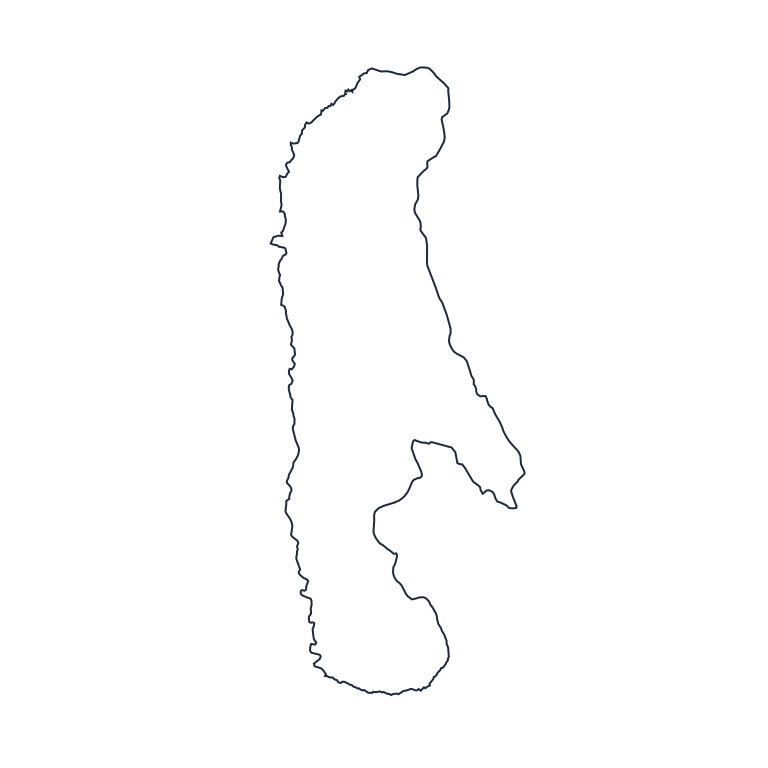 Tasso Fragoso, Maranhão, Brazil (Equal Earth projection), rotated 160°
{"feature_id": "56859067B89844171127470", "entity_name": "Tasso Fragoso", "entity_type": "district", "adm_level": 2, "iso_a3": "BRA", "parent_name": "Brazil", "parent_adm1": "Maranhão", "projection": "equal_earth", "projection_center": [-45.856, -8.308], "detail": "fine", "context": "isolated", "style": "outline", "palette": "slate", "viewbox_px": 768, "rotation_deg": 160, "n_neighbors": 0, "source": "geoboundaries", "source_scale": "gbopen_adm2", "svg_char_len": 6131}
<svg xmlns="http://www.w3.org/2000/svg" viewBox="0 0 768 768"><g transform="rotate(160 384 384)"><path d="M369.4,654.7L370.5,652.2L374.1,650.4L375.1,648.7L375.6,647.1L376.8,646.8L378.2,645.6L381.0,641.5L382.4,640.2L384.0,640.2L386.4,640.8L387.7,641.4L389.0,642.7L389.8,640.8L389.6,638.1L390.4,635.8L390.1,632.0L390.2,629.4L392.1,627.2L395.0,625.9L396.5,624.7L399.3,625.0L401.3,623.5L401.2,620.0L400.6,615.9L403.1,614.7L405.4,612.4L408.0,612.7L410.6,615.2L411.9,613.7L411.9,610.6L414.6,604.5L415.4,600.8L415.6,598.0L418.2,591.2L419.0,587.3L422.7,581.6L420.8,581.1L419.7,580.4L419.0,577.7L419.7,576.0L419.9,572.5L421.3,568.9L426.8,562.2L428.7,561.5L429.0,557.8L432.3,559.4L437.6,559.8L442.4,554.8L441.2,553.5L437.1,551.0L435.5,548.7L431.5,546.5L430.4,545.3L430.8,540.6L431.9,539.4L435.2,538.9L437.9,536.2L439.5,535.4L442.1,532.5L442.5,530.9L444.2,528.3L444.6,525.5L444.4,521.9L445.6,520.4L447.5,516.4L447.1,514.4L447.1,511.8L446.3,509.5L448.1,502.8L450.7,499.5L453.6,493.5L451.8,492.0L450.8,490.2L451.2,486.3L451.9,484.3L452.9,478.4L452.6,475.0L452.6,472.3L451.8,466.6L452.2,463.5L453.3,461.4L454.8,460.0L455.6,456.4L458.0,452.8L456.1,448.1L457.5,442.1L458.7,441.1L461.3,439.6L462.0,438.1L461.6,435.5L460.9,433.6L462.4,431.3L465.7,429.3L467.4,430.5L468.7,429.1L469.8,426.3L468.9,421.4L468.7,418.3L470.9,415.9L473.7,415.2L474.5,413.8L475.4,410.9L475.9,405.3L476.3,403.5L475.4,400.3L479.0,392.3L479.4,390.2L479.2,388.0L479.9,385.0L480.0,381.8L481.8,377.2L484.1,375.1L485.1,372.7L486.3,361.2L485.9,353.7L486.4,350.9L488.9,346.8L491.8,344.0L496.0,341.1L496.7,339.4L498.4,336.6L504.4,331.2L506.0,328.3L508.1,326.5L509.1,324.6L507.0,319.4L506.9,316.9L507.9,314.8L509.6,313.6L511.3,310.9L512.4,308.4L515.8,307.5L517.1,304.0L519.6,299.3L520.2,297.4L519.8,294.7L518.5,289.9L518.1,286.4L518.6,282.0L522.9,274.0L522.5,272.0L519.5,267.2L518.8,265.7L519.0,263.6L521.2,261.3L521.6,258.0L522.8,256.8L524.2,253.6L525.7,251.1L526.2,249.4L526.2,238.5L528.6,236.3L528.5,234.0L527.5,232.0L525.8,229.1L523.4,227.0L522.6,224.8L525.9,220.9L527.7,217.4L529.3,216.9L531.4,218.3L532.8,218.0L533.6,216.8L533.8,214.8L533.0,213.2L528.7,209.2L527.4,208.4L526.3,206.9L526.3,205.0L527.7,200.9L529.5,198.4L531.1,193.1L534.1,191.1L534.9,189.1L535.6,185.7L534.1,184.6L532.8,184.6L531.3,183.2L532.8,180.3L534.7,178.6L535.9,174.3L537.2,168.1L536.1,164.3L537.6,162.7L541.5,164.6L543.6,161.4L544.7,158.6L544.2,156.4L537.0,151.5L536.6,149.8L538.3,147.6L545.6,145.2L545.7,142.5L540.3,138.3L539.1,135.7L537.8,131.1L539.2,129.8L537.2,128.9L536.2,127.5L534.6,126.5L532.6,125.8L531.5,123.4L529.4,121.6L529.0,119.3L526.7,117.8L525.0,118.5L523.2,117.8L520.3,114.9L519.2,113.4L516.9,111.7L516.2,110.0L514.3,108.6L512.9,106.9L511.7,106.6L510.6,104.9L508.9,103.4L507.3,103.2L504.5,99.3L500.8,97.8L499.5,98.4L497.0,97.2L493.0,96.5L491.3,94.9L489.8,94.8L486.7,91.7L484.8,90.7L483.7,89.2L481.9,89.6L478.1,88.8L476.4,87.5L471.2,88.8L466.8,88.3L463.0,88.3L461.5,87.4L459.3,85.4L457.8,84.8L455.7,85.5L454.4,83.3L450.2,85.3L449.2,83.9L447.3,84.7L443.9,85.0L443.9,86.6L438.6,89.9L437.3,91.7L435.7,91.7L433.9,92.9L432.3,94.4L429.0,95.9L427.7,97.4L425.9,97.2L422.0,99.5L420.9,100.9L418.7,102.2L417.6,104.4L416.5,105.2L414.2,113.2L413.9,115.0L414.0,118.9L413.1,120.7L413.1,127.6L414.1,132.8L413.9,135.1L415.1,140.0L414.7,142.4L414.6,144.8L413.9,146.8L413.6,150.2L414.8,157.4L415.7,159.9L416.2,164.7L418.0,168.5L419.8,170.1L423.7,171.4L427.5,171.5L431.5,172.1L434.1,176.1L434.7,177.6L435.3,180.0L436.3,188.5L437.3,191.1L439.3,194.6L439.9,196.5L440.3,198.3L440.3,201.8L439.8,204.2L438.0,208.5L435.3,210.9L431.4,216.5L430.3,218.8L430.4,220.6L432.9,221.1L435.5,225.6L437.0,227.5L440.2,233.0L442.3,235.4L443.1,237.4L444.4,242.1L444.8,246.5L444.4,248.8L439.8,259.2L438.2,264.0L436.3,267.0L431.3,269.2L426.1,269.6L413.7,269.0L411.5,269.3L410.1,269.2L405.9,270.4L403.0,271.6L399.2,274.0L395.8,277.2L390.7,282.7L388.9,283.7L385.7,284.0L382.4,283.6L380.5,284.1L379.5,285.3L379.0,288.5L379.5,298.5L380.2,302.5L380.0,314.4L377.0,319.1L375.9,320.4L374.5,320.9L369.0,316.3L365.1,314.6L362.4,312.6L359.8,313.3L358.1,312.4L342.2,301.2L340.3,295.5L342.1,284.5L339.7,282.4L338.1,281.9L336.6,277.4L334.1,263.9L333.4,261.4L329.9,256.0L329.0,254.2L329.5,251.1L328.7,247.1L324.2,248.8L321.9,248.4L318.8,245.4L318.2,242.6L318.4,238.6L317.7,234.7L314.9,232.6L310.6,228.2L309.0,224.9L305.7,223.1L302.1,222.3L301.2,223.7L301.5,234.4L301.3,239.2L300.7,240.9L297.1,244.1L291.7,246.7L290.1,248.2L283.0,251.3L282.2,252.5L282.1,255.7L282.5,257.9L282.7,261.8L280.4,269.9L280.7,273.7L281.6,276.7L284.2,282.8L286.2,288.3L287.3,293.9L287.9,298.5L287.8,303.3L288.2,308.9L289.9,317.8L290.1,323.9L292.1,326.8L292.8,329.4L292.7,333.4L292.4,335.0L292.8,338.1L297.8,339.5L300.0,342.7L299.9,345.4L299.1,347.7L299.1,350.8L299.8,353.2L298.8,355.3L298.2,357.8L299.1,361.8L298.7,367.0L298.4,377.1L300.0,381.8L305.5,387.9L306.7,389.6L307.6,391.7L308.4,395.2L308.6,399.4L308.3,402.2L305.7,407.1L304.2,408.6L302.5,413.1L301.4,427.3L301.4,440.4L302.7,446.0L302.4,456.7L302.8,480.3L302.2,483.2L296.2,499.2L294.6,506.9L296.9,514.7L297.1,516.5L295.8,518.9L294.8,521.9L294.4,524.9L296.2,533.4L296.2,535.5L295.8,537.6L293.4,542.0L289.0,545.9L287.3,549.1L284.9,558.8L282.7,564.8L281.5,566.9L273.8,570.7L270.8,571.6L269.1,572.7L267.7,577.3L266.7,578.5L259.5,580.2L257.2,580.4L251.1,585.4L244.8,591.2L242.8,594.5L242.0,597.2L240.7,603.2L239.4,612.8L238.2,614.8L232.0,616.6L229.2,619.6L227.8,621.9L225.8,628.1L223.3,637.9L222.3,639.8L224.5,645.5L229.6,655.0L230.9,659.4L233.2,664.4L235.2,666.4L240.4,668.7L242.7,669.0L245.4,668.9L249.8,667.8L258.7,667.2L265.6,671.0L270.2,674.5L274.0,676.8L279.9,678.7L287.5,684.7L291.6,684.4L293.9,682.1L296.2,682.7L302.3,681.1L302.2,678.5L305.9,675.9L309.3,672.3L310.4,671.5L311.7,671.1L313.1,671.4L313.8,669.4L314.8,671.2L316.0,670.8L316.9,672.9L318.3,671.6L319.7,672.9L320.7,671.4L320.6,669.5L321.8,669.6L323.2,668.5L326.8,669.1L329.3,668.2L332.8,666.3L334.7,664.6L336.4,663.6L337.6,665.3L339.4,663.5L341.0,664.2L342.7,662.8L344.8,663.5L348.1,661.6L349.2,662.5L350.0,660.6L351.3,658.7L352.7,658.7L356.0,657.8L363.0,654.6L365.7,654.4L367.3,656.3L369.4,654.7Z" fill="none" stroke="#1e293b" stroke-width="2"/></g></svg>